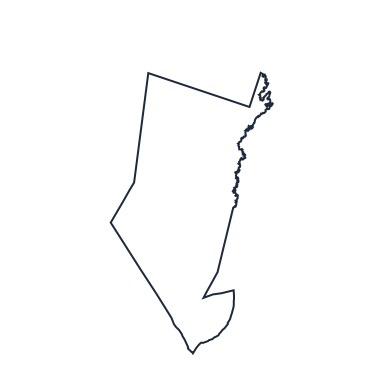 Central Kwara'ae, Malaita, Solomon Islands, rotated 211°
{"feature_id": "97153195B68911878451033", "entity_name": "Central Kwara'ae", "entity_type": "district", "adm_level": 2, "iso_a3": "SLB", "parent_name": "Solomon Islands", "parent_adm1": "Malaita", "projection": "equal_earth", "projection_center": [160.74, -8.813], "detail": "fine", "context": "isolated", "style": "outline", "palette": "slate", "viewbox_px": 384, "rotation_deg": 211, "n_neighbors": 0, "source": "geoboundaries", "source_scale": "gbopen_adm2", "svg_char_len": 6003}
<svg xmlns="http://www.w3.org/2000/svg" viewBox="0 0 384 384"><g transform="rotate(211 192 192)"><path d="M109.8,54.6L109.4,54.9L108.1,54.2L108.0,60.8L107.4,64.8L106.6,67.5L106.2,67.8L105.5,68.0L104.7,68.5L101.4,72.6L101.2,73.6L98.8,76.4L97.9,79.0L97.1,80.0L95.6,82.6L95.5,83.3L95.6,84.9L95.1,86.8L95.1,87.4L94.8,89.5L93.9,92.1L93.3,97.4L93.9,98.0L93.9,102.6L94.3,104.2L94.9,106.1L95.4,108.9L96.0,110.6L97.0,114.4L98.2,117.1L100.1,120.1L100.7,121.6L102.7,124.9L105.7,129.2L114.6,120.4L121.4,114.9L127.6,107.2L128.0,114.3L128.8,136.4L148.6,199.8L148.2,201.1L147.9,200.7L147.1,201.9L147.6,204.2L148.1,204.9L149.5,205.7L149.4,206.0L148.9,206.3L148.5,206.3L148.5,206.6L148.9,207.2L149.2,207.5L149.8,207.5L149.5,207.8L149.8,209.3L149.6,209.7L149.6,209.9L150.0,210.5L150.1,211.1L150.5,211.3L150.9,212.6L151.3,212.8L151.4,212.6L151.3,212.1L152.2,211.9L152.7,211.1L152.9,211.2L152.6,212.2L152.7,212.9L153.4,213.1L153.8,213.4L154.6,213.4L154.9,213.7L155.3,213.7L156.2,212.2L155.8,214.1L156.2,214.2L156.5,213.5L156.8,213.9L157.3,213.8L157.3,214.3L155.6,214.7L155.4,215.5L155.5,215.6L156.1,215.2L156.0,215.7L156.1,216.2L156.5,216.3L157.4,215.8L157.4,216.1L157.1,216.3L156.9,216.8L157.1,217.5L157.9,217.6L157.8,217.8L157.2,218.1L157.0,218.9L156.4,218.9L156.1,219.5L156.2,220.0L156.4,219.9L156.7,219.5L157.0,219.4L157.3,219.8L157.5,220.6L157.0,221.3L157.0,221.8L157.3,222.1L157.8,221.7L158.0,221.8L158.3,222.5L158.3,222.8L157.4,224.3L157.4,224.6L157.7,225.1L158.5,224.5L158.9,224.6L159.1,225.1L158.8,226.3L159.2,227.3L159.7,227.8L160.5,228.1L160.9,227.8L161.3,227.4L161.0,226.7L161.0,226.4L161.6,226.5L161.8,227.9L162.5,228.2L162.8,228.6L163.0,229.9L164.0,230.8L164.8,230.8L165.1,231.3L165.0,231.5L164.8,231.6L164.2,231.3L163.4,231.7L163.8,232.4L163.7,232.7L163.2,232.4L162.6,232.6L162.3,233.3L162.7,234.3L163.6,234.0L163.8,234.1L163.3,235.0L162.5,235.1L162.6,235.4L163.2,235.6L163.8,235.4L163.9,235.9L164.2,236.2L164.1,236.4L164.5,237.3L163.8,238.3L163.9,238.5L164.3,238.8L164.5,239.8L165.3,240.2L165.5,240.6L166.2,240.1L166.6,240.0L166.9,240.2L166.6,241.8L166.8,242.3L167.1,242.4L166.9,243.4L167.3,244.7L167.0,244.9L167.0,245.2L167.3,245.8L167.1,246.6L166.4,246.5L165.8,245.7L165.0,246.2L164.7,247.2L165.0,247.3L165.0,247.6L164.0,248.5L163.9,248.8L164.0,249.0L164.6,249.2L165.4,250.0L165.5,250.3L165.4,251.1L165.6,251.2L166.0,251.1L166.2,250.4L166.4,250.6L166.4,251.3L166.6,251.4L166.8,250.7L167.0,251.2L167.0,251.7L167.4,251.8L167.6,251.7L167.7,251.0L168.0,250.7L168.2,251.2L168.9,251.6L168.9,252.6L169.3,252.7L169.6,252.5L170.1,252.9L170.5,254.4L171.4,254.5L172.3,253.3L173.1,253.2L173.4,252.9L174.4,254.0L174.9,255.1L175.3,255.0L176.2,255.7L176.2,256.3L176.4,256.9L177.5,257.2L177.0,257.9L177.0,258.4L177.3,258.8L177.0,259.6L176.2,260.3L176.1,260.9L176.6,262.2L177.2,262.8L177.4,263.5L177.3,264.0L176.7,264.2L176.5,263.8L176.2,263.9L176.0,264.6L176.3,264.9L176.3,265.3L176.0,265.1L175.9,265.3L176.0,265.6L175.8,266.0L175.0,266.8L175.2,267.6L174.9,267.8L175.0,268.4L175.7,268.6L176.0,269.1L176.2,269.8L176.9,270.5L177.2,271.9L177.6,272.3L177.9,272.2L177.8,272.7L177.7,272.5L177.6,272.9L177.3,273.2L177.1,272.8L176.6,273.1L176.7,273.6L176.6,274.7L176.3,274.8L176.1,275.1L176.1,274.5L175.9,274.4L176.0,274.1L175.8,273.3L175.5,273.2L175.4,273.8L175.4,274.4L175.6,274.5L174.9,275.2L175.0,275.4L175.3,275.4L175.0,275.9L175.3,276.0L175.4,276.3L175.8,276.7L176.9,276.7L176.9,277.1L177.4,277.4L177.4,277.7L176.9,277.5L176.4,277.1L176.3,277.5L176.0,277.7L175.9,278.3L175.3,278.5L175.4,278.9L175.1,279.1L174.4,278.5L174.1,278.6L173.9,278.2L174.0,277.5L173.4,277.2L173.2,277.6L173.2,278.5L173.4,278.4L174.1,279.6L174.1,280.2L174.4,280.5L174.3,281.7L174.5,282.9L174.4,283.6L174.2,283.6L174.2,284.0L174.7,285.0L175.1,286.4L175.2,287.6L175.0,289.3L174.8,289.4L174.5,290.1L174.4,290.9L174.0,290.7L174.0,291.1L173.8,291.5L173.4,291.5L173.2,291.8L173.1,293.5L173.2,294.8L172.9,295.0L172.5,294.8L172.0,295.5L172.0,296.4L171.1,296.5L170.6,297.3L170.3,298.9L170.4,299.3L170.9,299.6L171.2,300.2L170.8,301.5L170.2,301.7L169.9,302.2L168.9,302.6L168.7,303.0L168.8,304.0L169.2,304.7L169.7,305.3L169.8,306.3L169.4,306.6L168.6,306.2L168.4,306.5L168.2,307.5L168.4,308.5L168.2,309.0L168.3,309.3L168.9,309.5L169.3,309.0L169.7,308.1L170.7,307.4L170.7,307.1L170.3,306.9L170.2,306.6L170.6,306.0L171.7,305.1L171.9,304.3L171.5,303.8L171.5,303.6L172.2,303.7L172.4,304.1L173.3,304.4L173.5,304.6L173.4,304.9L174.1,304.8L174.1,305.2L174.0,305.5L173.2,305.6L172.9,306.2L172.6,306.1L172.1,306.8L171.4,308.4L171.3,309.6L171.9,310.6L173.2,311.7L173.7,311.7L174.0,311.2L174.7,310.4L175.0,310.4L175.7,311.2L175.6,311.8L175.1,312.4L175.2,312.9L175.1,313.7L175.3,314.5L175.8,315.4L175.8,316.7L176.1,317.5L176.5,317.9L177.4,317.9L177.8,317.3L177.7,316.3L177.9,315.5L178.6,314.2L178.4,313.6L178.4,312.9L178.8,312.2L178.8,311.4L179.2,310.8L179.0,310.3L179.0,309.6L179.3,309.2L179.0,309.2L178.3,308.5L178.2,307.8L178.4,307.2L178.8,306.5L180.5,306.9L180.8,306.3L181.2,306.8L181.2,307.2L181.5,307.4L181.7,307.2L181.9,307.5L181.7,307.9L181.8,308.1L182.1,308.4L182.3,308.3L182.3,307.8L182.6,308.0L182.5,308.3L182.8,309.3L183.3,310.0L183.6,310.0L184.1,309.7L184.6,309.8L184.3,310.2L184.3,312.8L183.8,314.5L183.4,314.6L183.2,314.3L182.9,314.4L182.4,314.9L182.2,315.8L182.2,316.3L183.3,316.9L183.4,317.3L183.9,317.5L184.2,318.4L184.1,318.8L183.6,319.2L182.9,319.0L182.6,318.7L182.2,319.1L182.2,320.9L182.5,322.1L182.3,323.3L182.6,324.5L182.8,324.5L183.0,322.8L183.8,322.5L184.0,322.7L184.3,323.8L184.8,323.8L185.5,323.3L185.7,323.5L185.4,323.9L185.3,324.9L185.6,326.6L186.0,327.0L186.4,326.5L186.4,325.6L186.7,325.5L187.3,326.5L188.3,329.1L188.7,329.3L189.0,328.6L189.9,328.2L190.2,327.5L190.4,327.5L190.6,327.6L191.2,327.6L191.4,328.1L191.1,329.0L190.7,329.1L190.6,329.8L191.0,329.6L194.5,329.5L186.5,294.5L290.7,271.4L246.5,170.3L246.5,161.4L246.2,150.2L245.9,123.9L195.2,98.6L169.6,86.2L144.9,73.6L139.2,69.3L136.1,68.0L132.1,67.1L127.5,64.9L126.1,63.7L122.0,61.5L115.3,56.9L115.2,56.1L114.6,55.7L109.8,54.6Z" fill="none" stroke="#1e293b" stroke-width="2"/></g></svg>